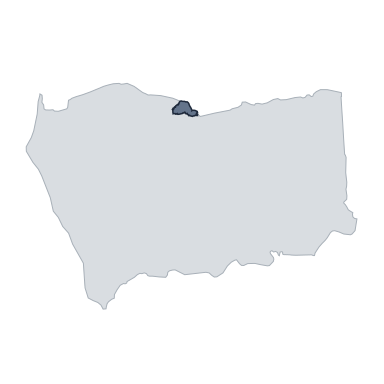 Jaman North, Brong Ahafo, Ghana (highlighted), rotated 87°
{"feature_id": "2480657B44306962794399", "entity_name": "Jaman North", "entity_type": "district", "adm_level": 2, "iso_a3": "GHA", "parent_name": "Ghana", "parent_adm1": "Brong Ahafo", "projection": "albers", "projection_center": [-2.617, 7.913], "detail": "fine", "context": "in_parent", "style": "filled", "palette": "slate", "viewbox_px": 384, "rotation_deg": 87, "n_neighbors": 0, "source": "geoboundaries", "source_scale": "gbopen_adm2", "svg_char_len": 5888}
<svg xmlns="http://www.w3.org/2000/svg" viewBox="0 0 384 384"><g transform="rotate(87 192 192)"><path d="M239.1,31.2L242.3,34.3L243.0,36.0L241.9,42.6L239.6,47.3L238.1,51.6L238.3,53.8L239.8,55.9L244.7,59.3L247.2,61.5L250.2,64.8L253.6,68.1L259.4,72.3L261.9,73.0L261.8,74.2L261.0,75.9L260.6,91.7L260.2,95.8L259.8,97.9L259.3,103.8L258.7,104.7L257.5,104.6L256.5,104.9L256.3,106.0L256.7,107.2L260.2,108.1L259.5,109.0L256.9,109.8L255.7,111.6L256.2,113.6L254.8,115.3L255.2,116.4L256.1,117.2L257.6,116.9L261.7,114.1L263.4,113.8L265.6,114.4L269.5,118.5L269.7,120.5L268.1,127.5L266.6,132.9L266.4,140.1L268.1,144.2L267.9,146.4L266.1,148.3L262.0,151.1L262.4,153.0L264.2,156.5L267.7,160.5L274.4,165.3L278.0,171.6L278.1,174.2L276.1,176.8L273.7,179.1L272.9,182.3L274.2,203.6L268.9,212.9L268.9,215.5L269.5,218.6L270.9,220.4L273.6,220.9L275.8,222.7L275.1,229.2L274.0,235.8L273.8,239.0L273.2,240.5L271.1,241.8L270.3,243.9L270.9,246.4L270.5,248.3L271.6,250.8L274.1,253.9L278.0,261.5L279.5,262.0L280.2,263.6L279.8,265.2L281.4,268.6L285.7,271.9L290.3,274.8L294.0,275.2L294.9,277.8L297.3,281.2L299.1,282.6L301.9,283.5L304.2,284.0L304.3,286.9L300.2,288.8L297.4,291.8L295.3,296.3L292.4,301.2L282.2,303.8L278.3,303.9L257.4,304.2L237.9,313.9L226.6,317.4L219.7,322.9L210.4,326.8L203.9,331.5L190.3,333.8L168.1,341.2L161.2,344.2L154.1,349.3L142.7,355.3L138.2,355.2L129.2,349.6L122.5,346.8L106.0,342.5L93.7,340.9L87.8,339.0L86.1,338.7L87.5,336.7L91.0,336.6L94.6,337.2L97.3,335.6L101.3,335.4L102.4,333.8L102.7,329.8L102.6,326.5L104.0,325.1L104.4,321.2L102.4,312.7L101.0,311.7L93.9,310.5L93.3,308.8L92.1,307.0L90.7,302.6L89.1,296.0L86.6,287.9L81.8,274.5L80.7,269.8L79.8,265.0L79.7,259.2L80.7,257.1L80.5,254.1L80.1,251.1L83.5,244.3L90.1,236.0L91.5,233.0L92.8,230.9L92.9,227.9L94.1,218.2L97.3,206.4L99.3,202.0L100.6,199.6L102.3,195.7L102.7,193.8L108.8,189.2L111.6,188.0L112.2,186.2L111.3,184.2L111.7,182.8L113.1,182.2L115.4,181.6L117.0,179.7L114.4,165.2L112.4,150.8L112.2,149.6L111.0,147.6L109.8,141.6L107.7,138.1L104.9,137.1L104.9,133.8L107.8,128.3L108.5,125.0L107.1,124.0L106.9,121.5L107.9,117.4L107.4,114.9L106.9,112.2L103.9,105.9L103.2,101.4L104.7,98.8L104.7,93.0L103.1,84.2L102.8,78.6L103.9,76.3L103.4,74.1L101.2,72.0L101.1,69.9L102.9,68.0L102.7,66.4L100.4,65.3L98.3,62.6L96.5,58.3L96.9,51.4L100.3,38.7L100.7,37.6L104.6,37.7L104.7,38.2L116.8,38.1L130.7,37.9L147.3,37.8L162.4,37.6L163.1,37.0L165.5,36.3L180.8,37.5L190.3,36.9L194.4,37.3L197.3,38.1L203.9,37.5L207.4,37.9L210.1,41.0L211.1,41.0L212.6,39.6L215.2,38.1L217.9,36.9L219.8,34.4L221.0,32.5L222.7,32.9L225.2,32.7L226.9,31.1L227.5,28.7L239.1,31.2Z" fill="#d9dde1" stroke="#a8b0b8" stroke-width="1"/><path d="M112.9,206.7L112.7,206.1L112.7,205.7L112.8,205.4L112.8,205.2L113.1,204.8L113.3,204.6L113.4,204.4L113.3,204.2L113.0,204.0L112.9,204.0L112.9,203.9L113.1,203.5L113.2,203.4L113.4,203.2L113.5,203.0L113.3,202.8L112.9,202.5L113.0,202.4L113.3,202.1L113.6,202.0L113.7,201.9L113.6,201.6L113.7,201.3L113.7,201.2L113.7,200.9L113.5,200.1L113.5,199.7L113.4,199.5L113.4,199.3L113.3,199.1L113.2,199.0L113.3,198.5L113.2,198.3L113.2,198.0L113.2,197.7L113.0,197.3L112.9,197.1L112.5,196.9L112.6,196.6L112.5,196.4L112.6,196.2L112.4,195.9L112.5,195.8L112.4,195.6L112.2,195.5L112.1,195.4L111.9,195.3L111.9,195.1L111.9,194.9L112.1,194.7L112.3,194.6L112.5,194.6L112.9,194.5L113.0,194.5L113.3,194.4L113.6,193.8L113.5,193.6L113.4,193.4L113.3,193.2L113.3,192.9L113.3,192.6L113.5,192.6L113.9,192.6L114.1,192.5L114.3,192.5L114.4,192.4L114.5,192.2L114.5,191.9L114.5,191.7L114.7,191.4L114.8,191.3L114.9,191.2L115.0,191.2L115.4,191.2L115.3,190.9L115.2,190.9L115.2,190.7L115.4,190.5L115.4,190.4L115.5,190.4L115.7,190.2L115.8,190.1L115.9,189.9L115.9,189.4L116.0,189.0L116.1,188.8L116.2,188.6L116.5,187.6L116.5,187.4L116.3,187.3L116.2,186.9L116.1,186.7L116.1,186.4L116.0,186.2L115.9,186.0L115.9,185.9L116.0,185.7L116.1,185.3L115.9,185.1L115.7,184.8L115.5,184.7L115.4,184.5L115.5,184.2L115.7,183.9L115.7,183.7L115.8,183.5L115.7,183.4L115.8,183.3L115.8,183.1L115.9,182.9L115.9,182.7L115.7,182.8L115.6,183.0L115.4,183.0L115.3,182.9L115.3,183.0L115.1,183.0L114.9,183.0L114.7,182.9L114.4,182.9L114.4,183.0L114.2,183.0L114.2,182.9L113.9,182.9L113.8,183.0L113.7,182.9L113.7,183.0L113.6,182.9L113.5,183.0L113.4,183.0L113.4,182.9L113.2,182.8L113.0,182.7L112.9,182.7L112.7,182.6L112.4,182.6L112.2,182.5L111.8,182.6L111.7,182.8L111.7,183.1L111.5,183.4L111.3,183.6L111.2,183.7L111.1,183.8L111.0,184.0L110.9,184.3L110.8,184.5L110.7,184.8L110.6,185.2L110.5,185.7L110.5,186.2L110.4,186.9L110.5,187.0L110.5,187.3L110.7,187.7L110.4,187.6L109.6,188.2L109.1,188.2L107.6,188.9L107.4,188.9L106.6,189.5L104.6,190.3L104.3,190.4L103.6,190.5L103.1,190.8L102.5,191.2L102.0,191.8L101.7,192.1L101.7,192.4L101.7,193.0L101.7,193.5L101.2,194.5L101.1,194.8L101.1,195.1L101.1,195.7L101.0,196.3L100.9,197.1L100.5,198.1L100.6,198.3L100.7,198.8L100.8,199.0L100.8,199.3L101.0,199.4L101.2,199.5L101.3,199.6L101.6,199.9L101.7,200.0L101.8,200.0L102.1,200.2L102.3,200.3L102.5,200.2L102.6,200.3L102.8,200.5L103.0,200.6L103.1,200.8L103.3,200.9L103.5,200.9L103.8,200.8L104.1,201.1L103.9,201.2L103.9,201.3L104.0,201.4L104.0,201.5L103.9,201.6L103.8,201.8L104.0,202.1L104.1,202.3L104.3,202.4L104.5,202.5L104.4,202.6L104.5,202.8L104.7,203.0L104.8,203.2L104.9,203.3L105.0,203.6L105.3,203.7L105.4,203.8L105.5,203.8L105.8,204.0L105.8,204.3L105.9,204.5L106.0,204.6L106.1,204.8L106.3,204.8L106.4,205.0L106.5,204.9L106.5,205.0L106.7,205.3L106.8,205.4L107.0,205.4L107.0,205.6L106.9,205.6L107.0,205.7L107.1,205.8L107.3,205.9L107.5,205.9L107.5,206.0L107.8,205.8L108.0,205.9L108.2,206.0L108.4,206.0L108.5,206.2L108.6,206.4L108.8,206.6L108.8,206.8L108.7,206.9L108.8,206.9L108.8,207.1L109.0,207.0L109.3,207.0L109.6,206.9L109.8,206.9L110.0,206.8L110.4,206.9L110.5,206.9L110.9,206.9L111.0,206.9L111.4,206.9L111.6,206.9L111.9,206.9L112.1,206.8L112.3,206.8L112.5,206.8L112.8,206.7L112.9,206.7Z" fill="#64748b" stroke="#1e293b" stroke-width="1.5"/></g></svg>